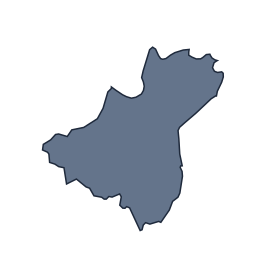 outline of South Lanarkshire, rotated 107°
{"feature_id": "GBR-2010", "entity_name": "South Lanarkshire", "entity_type": "Unitary District", "adm_level": 1, "iso_a3": "GBR", "parent_name": "United Kingdom", "parent_adm1": "", "projection": "natural_earth1", "projection_center": [-3.869, 55.56], "detail": "fine", "context": "isolated", "style": "filled", "palette": "slate", "viewbox_px": 256, "rotation_deg": 107, "n_neighbors": 0, "source": "natural_earth", "source_scale": "10m", "svg_char_len": 1364}
<svg xmlns="http://www.w3.org/2000/svg" viewBox="0 0 256 256"><g transform="rotate(107 128 128)"><path d="M99.4,157.8L95.1,155.5L93.6,155.9L95.5,150.5L97.8,142.9L98.5,138.6L98.5,133.5L96.2,129.3L91.6,125.1L87.6,124.2L83.3,124.7L79.4,126.8L75.8,129.7L68.9,130.2L56.7,130.2L51.1,130.2L46.8,130.2L43.5,128.1L44.5,124.7L49.8,120.0L52.1,117.1L52.1,114.9L50.5,112.0L45.8,108.6L42.2,105.2L37.3,98.0L35.0,92.5L37.6,92.1L40.6,91.2L41.5,87.6L42.0,82.9L40.6,78.7L38.6,77.0L34.9,74.6L33.5,71.3L34.7,70.2L36.5,68.1L37.4,64.8L37.4,62.3L37.9,62.8L40.4,64.8L45.7,64.8L48.5,61.9L48.7,58.6L46.9,54.8L47.8,53.0L51.3,51.8L56.8,51.8L66.7,53.3L71.5,52.8L71.5,53.4L75.7,57.0L93.8,67.3L106.4,75.3L112.3,78.9L115.8,79.4L123.5,76.2L137.8,70.9L148.3,65.1L148.8,66.5L150.4,66.6L153.7,63.6L158.2,61.8L175.0,59.4L179.6,60.0L185.1,63.9L194.4,64.5L208.6,69.0L208.4,71.4L213.5,79.0L213.4,83.5L216.3,85.0L221.2,84.8L222.5,86.4L203.9,103.1L203.6,106.3L205.6,107.4L206.2,109.5L204.2,113.3L195.8,114.3L193.5,116.7L198.7,123.0L199.1,126.3L202.3,127.9L203.0,130.0L201.9,132.9L202.8,140.7L196.8,147.1L196.6,150.9L191.9,162.4L199.5,170.4L184.7,177.6L185.2,183.0L183.9,187.4L183.8,192.9L176.1,196.0L174.7,197.8L174.0,203.3L168.4,204.2L162.0,198.5L155.4,195.4L154.0,192.6L153.9,183.6L146.2,181.2L140.4,170.5L128.1,160.0L116.5,157.6L99.4,157.8Z" fill="#64748b" stroke="#1e293b" stroke-width="1.5"/></g></svg>